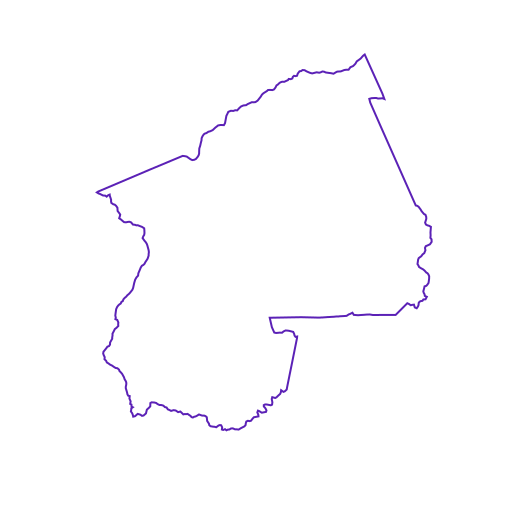 Pedra Preta, Mato Grosso, Brazil, rotated 157°
{"feature_id": "56859067B80080271615532", "entity_name": "Pedra Preta", "entity_type": "district", "adm_level": 2, "iso_a3": "BRA", "parent_name": "Brazil", "parent_adm1": "Mato Grosso", "projection": "albers", "projection_center": [-54.182, -16.79], "detail": "fine", "context": "isolated", "style": "outline", "palette": "violet", "viewbox_px": 512, "rotation_deg": 157, "n_neighbors": 0, "source": "geoboundaries", "source_scale": "gbopen_adm2", "svg_char_len": 6092}
<svg xmlns="http://www.w3.org/2000/svg" viewBox="0 0 512 512"><g transform="rotate(157 256 256)"><path d="M418.5,240.5L419.0,239.1L420.2,237.2L420.7,236.0L422.3,234.8L424.1,233.4L425.0,231.5L426.5,230.5L428.2,230.6L430.0,229.5L431.9,228.5L433.8,227.5L434.8,225.9L434.9,224.2L434.8,222.0L435.8,220.2L434.9,218.1L434.9,216.3L433.8,214.8L432.7,212.9L431.4,211.5L430.3,209.7L429.0,207.8L427.4,206.8L426.5,204.9L426.6,203.4L426.0,202.0L425.3,199.9L425.1,197.9L424.9,195.9L425.1,193.9L424.8,192.0L424.8,190.5L425.3,189.0L426.1,187.7L426.9,186.6L427.5,185.3L427.7,183.5L428.0,180.8L428.4,178.9L428.2,177.3L427.0,176.4L428.2,174.2L428.2,171.2L429.6,169.0L428.7,167.9L429.4,166.0L428.5,164.9L430.3,164.5L431.0,163.1L431.9,161.8L431.4,159.6L431.5,157.8L431.8,156.1L429.9,155.8L426.6,156.9L424.4,155.1L423.4,153.4L421.8,153.1L418.8,154.1L416.5,157.2L413.9,158.1L412.1,158.9L411.3,160.6L410.7,161.9L409.3,162.1L406.9,160.9L405.3,159.7L404.5,158.2L403.1,156.6L401.2,155.7L399.7,154.4L398.9,152.5L397.5,151.5L397.1,149.3L395.8,148.0L394.7,146.6L392.1,146.3L390.3,145.2L388.7,142.7L386.4,142.4L385.5,140.3L384.8,138.6L383.5,138.4L382.0,137.7L380.7,137.4L378.7,134.3L378.3,132.9L377.2,132.0L375.8,132.2L374.3,131.9L372.9,132.0L370.4,132.4L369.0,131.1L368.0,130.2L366.0,129.3L365.0,128.3L364.3,126.8L365.4,123.3L365.1,121.6L364.8,120.0L365.1,118.6L364.4,117.1L362.4,115.8L360.9,115.0L359.5,113.9L356.7,114.6L355.3,114.5L354.2,113.8L354.1,111.5L355.2,109.6L354.2,108.7L352.2,108.7L351.3,107.1L349.9,107.2L348.3,106.7L346.4,107.0L344.7,106.4L343.0,104.6L341.7,104.1L339.8,103.0L337.3,103.4L333.2,103.7L331.6,104.5L330.9,105.8L329.6,107.4L327.9,107.5L326.4,106.5L325.0,106.3L322.9,107.5L321.0,108.4L316.4,107.4L315.9,108.9L315.9,111.5L314.6,112.9L313.6,111.9L311.9,109.5L307.7,108.6L306.7,109.8L306.8,111.8L307.1,113.1L307.6,114.4L307.1,115.7L305.6,115.8L304.1,115.1L300.7,112.8L299.3,112.9L298.1,114.9L297.4,118.2L296.2,119.7L293.8,117.8L292.4,117.9L289.8,118.9L287.7,119.6L286.4,120.8L285.3,122.6L283.8,120.2L282.3,120.2L279.9,121.1L278.6,123.1L270.8,134.5L265.1,142.8L250.4,164.3L249.6,165.8L251.2,166.1L251.6,167.6L251.3,169.5L251.4,171.6L253.1,172.9L254.8,174.2L256.1,175.0L257.9,175.9L260.1,175.8L262.0,175.2L264.1,176.2L266.1,176.8L267.6,177.3L269.1,178.4L269.2,184.3L267.5,193.8L251.9,187.5L249.9,186.7L238.3,182.0L225.7,176.3L223.3,175.2L221.5,174.4L219.9,173.9L218.4,173.3L217.2,172.9L215.2,172.2L213.9,171.8L212.4,171.2L211.2,170.8L208.2,169.7L206.9,169.3L205.6,168.9L204.0,168.2L202.5,167.8L201.1,167.3L199.5,166.7L196.0,165.5L193.4,166.0L192.1,165.9L189.4,166.1L189.0,163.6L185.2,161.6L182.5,160.7L179.4,159.6L177.5,159.0L175.9,158.4L174.1,157.7L171.6,156.1L150.5,147.2L135.2,153.4L133.9,152.0L132.8,150.2L131.3,150.0L129.6,149.5L129.8,148.1L129.9,146.6L128.5,145.1L126.6,146.3L125.6,147.3L124.5,149.3L123.3,150.0L121.9,150.1L120.3,149.7L118.9,150.6L116.9,149.9L114.7,151.7L116.2,153.3L115.8,155.0L116.0,156.6L115.8,158.1L114.0,160.4L112.7,162.2L110.9,162.0L109.6,162.6L107.8,163.7L106.9,165.1L105.5,167.5L104.5,169.7L104.5,171.7L104.9,173.2L105.7,174.2L106.5,176.6L107.4,178.4L109.0,180.4L110.2,182.2L110.2,183.9L110.5,185.5L109.2,187.6L108.2,189.3L107.0,190.5L104.0,191.2L102.0,192.4L100.0,192.9L98.8,194.1L97.8,195.1L97.3,197.4L95.9,198.7L94.0,198.7L91.3,198.8L88.8,200.4L87.9,202.8L88.4,204.5L87.2,206.8L86.2,209.5L85.0,211.8L83.6,214.5L84.9,216.2L86.2,217.2L87.3,218.6L87.3,220.6L84.7,223.7L84.0,225.6L83.9,227.8L84.9,228.9L85.6,231.0L86.1,232.8L86.3,234.5L86.7,236.1L87.1,237.8L88.0,239.2L89.2,240.1L90.6,328.4L90.9,352.6L90.3,356.4L87.9,356.1L85.4,355.2L83.6,354.5L82.2,353.3L80.4,352.6L78.0,351.8L76.5,350.4L76.2,356.2L77.2,399.0L79.1,398.5L80.4,397.9L82.4,396.9L84.8,396.3L87.2,395.8L89.3,394.2L91.1,393.4L92.5,392.9L95.3,392.9L98.0,391.3L100.1,392.2L102.1,392.7L105.8,392.8L109.2,394.0L110.8,393.9L113.4,393.5L115.7,395.1L117.3,396.0L120.1,397.7L121.4,399.1L122.8,399.9L124.6,399.8L126.2,400.0L128.4,401.4L130.3,401.7L132.9,402.1L134.5,403.3L135.7,404.5L137.4,406.3L138.6,408.0L140.5,409.0L142.1,408.6L143.8,409.0L146.3,407.6L147.8,405.9L149.3,406.1L150.6,407.0L152.1,406.5L153.2,405.2L154.9,405.2L156.7,406.2L157.9,405.4L159.3,405.4L161.9,405.3L163.8,406.2L165.8,406.3L167.4,405.9L168.8,405.3L170.5,405.0L172.2,403.5L174.3,402.3L176.0,402.3L178.4,403.5L180.1,404.1L181.4,403.6L185.6,402.9L187.5,402.2L189.4,400.8L193.8,398.4L196.4,397.9L198.1,398.4L199.7,399.2L204.4,399.1L206.1,398.7L208.8,399.5L211.3,399.5L213.6,398.7L216.4,397.4L218.2,398.3L220.2,398.4L222.4,399.5L225.2,399.5L226.6,398.2L228.5,396.6L232.6,390.4L234.4,389.0L235.8,389.7L237.6,390.5L239.9,391.0L241.6,390.5L243.2,390.1L246.7,388.8L249.5,388.7L251.3,389.0L253.7,388.5L255.0,388.7L256.5,388.4L258.5,387.1L260.0,385.7L261.0,383.7L262.2,382.2L264.3,379.3L266.2,377.1L267.5,374.4L268.3,372.6L269.3,371.3L270.7,370.2L273.4,368.8L275.3,368.7L277.2,369.2L278.5,370.7L279.2,371.8L280.9,374.6L282.5,375.7L284.4,376.8L319.6,377.0L376.0,377.0L377.6,376.7L376.5,375.1L375.3,374.0L374.2,372.7L373.2,371.5L371.1,370.4L370.3,369.0L368.3,369.7L366.7,369.7L367.1,368.3L367.2,366.5L367.4,364.4L368.1,362.9L368.4,361.4L367.2,359.4L366.0,358.5L365.2,356.9L364.7,354.6L365.8,351.5L365.1,348.8L364.8,347.2L365.7,345.9L367.2,344.2L366.0,342.3L365.1,340.4L364.2,338.7L362.5,337.8L360.4,337.4L359.0,336.9L357.8,335.7L357.0,333.0L355.2,332.0L354.2,331.0L352.8,330.5L351.2,328.9L349.6,327.4L348.1,325.2L348.7,323.3L349.7,320.7L350.7,319.1L351.8,318.4L353.4,316.8L352.7,313.7L352.1,311.8L351.8,309.9L351.9,308.1L352.1,306.7L352.3,305.2L352.6,303.2L353.1,301.4L354.1,299.7L354.7,298.3L356.8,295.9L358.4,294.8L360.1,293.7L361.8,292.3L363.2,291.8L364.9,291.6L366.6,290.4L368.3,288.7L371.1,286.0L372.2,284.0L374.4,283.0L376.5,281.4L378.7,278.7L381.6,274.6L383.0,273.2L386.5,271.3L387.9,270.7L389.9,270.1L391.3,269.3L393.1,268.8L395.0,267.9L396.3,266.5L397.7,266.4L399.1,265.1L400.7,264.8L402.1,264.3L403.8,263.3L405.5,261.7L406.7,259.7L407.6,258.2L408.8,256.1L409.1,254.2L410.1,252.8L408.7,251.4L408.7,248.6L409.5,247.1L410.1,245.4L412.5,244.4L414.5,243.9L416.2,242.4L417.3,241.5L418.5,240.5Z" fill="none" stroke="#5b21b6" stroke-width="2"/></g></svg>